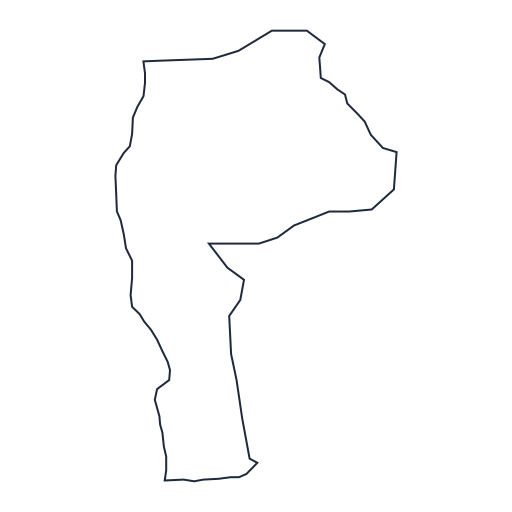 Melounta, Cyprus
{"feature_id": "46923920B6129674637399", "entity_name": "Melounta", "entity_type": "district", "adm_level": 2, "iso_a3": "CYP", "parent_name": "Cyprus", "parent_adm1": "", "projection": "equal_earth", "projection_center": [33.699, 35.324], "detail": "fine", "context": "isolated", "style": "outline", "palette": "slate", "viewbox_px": 512, "rotation_deg": 0, "n_neighbors": 0, "source": "geoboundaries", "source_scale": "gbopen_adm2", "svg_char_len": 1082}
<svg xmlns="http://www.w3.org/2000/svg" viewBox="0 0 512 512"><path d="M143.4,61.4L145.0,73.1L145.0,83.0L143.5,96.1L137.4,106.8L132.9,117.5L132.1,134.0L129.8,146.3L123.8,152.9L116.2,165.2L115.4,175.9L116.2,194.0L116.9,211.3L120.7,220.4L123.8,234.4L126.0,248.3L132.1,260.7L132.1,278.0L130.6,295.2L132.1,306.8L139.7,314.2L144.2,321.6L151.0,329.8L157.1,339.7L162.4,351.2L167.7,361.9L170.0,370.1L169.2,380.0L157.1,389.1L154.8,399.8L159.4,416.2L160.1,424.5L162.4,432.7L163.9,446.7L166.2,456.6L166.2,470.6L164.7,480.5L183.6,479.6L194.2,481.3L203.3,479.6L218.5,478.8L230.6,477.2L239.0,477.2L246.5,473.9L257.3,462.8L249.6,458.6L242.2,418.4L236.6,380.3L231.1,354.1L229.2,316.0L240.3,299.9L244.0,279.8L227.4,267.7L208.9,243.6L232.9,243.6L258.8,243.6L277.3,237.6L294.0,225.5L329.2,211.5L349.5,211.5L371.7,209.5L393.9,189.4L396.6,152.1L382.9,148.0L370.8,134.8L364.7,121.6L357.9,114.2L347.3,103.5L345.0,94.5L337.5,89.5L329.1,82.1L320.8,78.0L320.0,66.5L319.3,57.5L324.8,44.1L306.9,30.7L271.8,30.7L238.5,50.8L212.6,58.8L157.1,60.8L143.4,61.4Z" fill="none" stroke="#1e293b" stroke-width="2"/></svg>